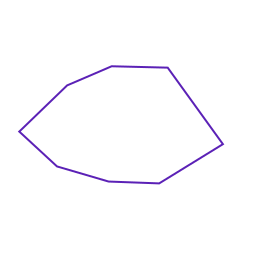 SVG path tracing the border of Balzan, rotated 125°
{"feature_id": "MLT-5930", "entity_name": "Balzan", "entity_type": "state/province", "adm_level": 1, "iso_a3": "MLT", "parent_name": "Malta", "parent_adm1": "", "projection": "albers", "projection_center": [14.452, 35.895], "detail": "fine", "context": "isolated", "style": "outline", "palette": "violet", "viewbox_px": 256, "rotation_deg": 125, "n_neighbors": 0, "source": "natural_earth", "source_scale": "10m", "svg_char_len": 267}
<svg xmlns="http://www.w3.org/2000/svg" viewBox="0 0 256 256"><g transform="rotate(125 128 128)"><path d="M86.8,41.0L155.5,70.7L183.0,113.2L200.2,164.1L193.3,215.0L128.0,202.3L86.8,176.8L55.8,130.1L86.8,41.0Z" fill="none" stroke="#5b21b6" stroke-width="2"/></g></svg>